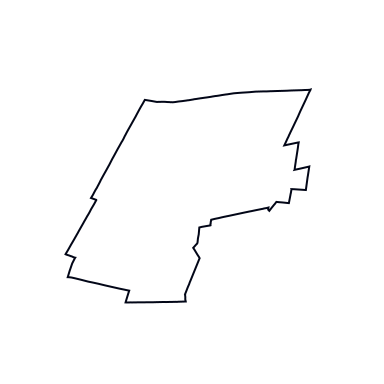 Ziduri, Buzau, Romania, rotated 162°
{"feature_id": "2599482B76478155056180", "entity_name": "Ziduri", "entity_type": "district", "adm_level": 2, "iso_a3": "ROU", "parent_name": "Romania", "parent_adm1": "Buzau", "projection": "robinson", "projection_center": [27.059, 45.276], "detail": "fine", "context": "isolated", "style": "outline", "palette": "ink", "viewbox_px": 384, "rotation_deg": 162, "n_neighbors": 0, "source": "geoboundaries", "source_scale": "gbopen_adm2", "svg_char_len": 4671}
<svg xmlns="http://www.w3.org/2000/svg" viewBox="0 0 384 384"><g transform="rotate(162 192 192)"><path d="M222.2,281.2L222.4,281.1L225.1,278.6L227.5,276.4L229.1,274.9L231.5,272.7L233.9,270.5L234.1,270.3L235.7,268.8L237.0,267.5L237.4,267.1L238.8,265.8L240.3,264.2L241.2,263.3L242.7,261.9L243.6,261.2L245.3,259.6L247.9,257.2L248.8,256.4L252.8,252.6L254.9,250.6L257.6,248.1L258.9,246.8L259.6,246.1L261.6,244.1L262.3,243.4L263.4,242.4L266.7,239.3L270.4,235.9L275.5,231.1L275.7,230.8L278.3,228.2L280.6,226.0L281.0,225.5L281.4,225.2L281.9,224.8L283.2,223.7L285.5,221.5L287.1,219.9L289.9,217.5L288.6,216.5L286.8,215.1L285.5,214.1L285.5,213.9L285.7,213.7L286.9,212.6L287.4,212.1L289.0,210.6L292.4,207.6L293.2,206.9L295.5,204.6L296.8,203.4L297.9,202.4L298.4,202.0L299.0,201.5L301.7,199.0L303.5,197.4L305.2,195.8L305.3,195.7L307.5,193.7L312.2,189.4L313.3,188.3L314.0,187.7L315.0,186.8L315.4,186.4L317.3,184.7L318.7,183.4L319.6,182.6L321.6,180.8L323.2,179.4L324.7,178.0L327.2,175.7L328.2,174.8L330.5,172.8L331.5,171.9L331.1,171.5L329.5,170.3L328.6,169.7L326.8,168.2L326.5,168.1L325.8,167.5L325.5,167.2L325.1,166.8L323.6,165.7L323.4,165.6L324.0,165.1L325.8,163.3L328.0,161.1L330.4,157.9L331.3,156.7L332.6,155.0L336.5,149.4L335.6,149.1L333.0,147.9L329.8,146.0L324.6,142.8L318.5,138.9L313.9,136.3L309.3,133.6L303.3,129.9L291.0,122.6L285.9,119.7L284.9,119.1L282.2,117.6L284.3,114.7L288.5,108.7L289.3,107.5L287.0,106.7L284.6,106.0L284.3,105.9L283.2,105.5L280.5,104.7L279.3,104.3L276.9,103.6L274.6,102.8L267.2,100.5L263.9,99.4L261.1,98.6L255.1,96.8L253.1,96.2L251.9,95.8L250.8,95.4L248.5,94.7L247.3,94.4L245.8,93.9L243.2,93.1L242.5,92.9L242.0,92.7L241.4,92.6L241.0,92.4L240.1,92.1L239.1,91.9L234.6,90.6L231.8,89.8L231.7,90.7L231.6,91.7L231.6,91.9L231.4,92.5L230.8,94.2L230.5,95.8L230.2,96.5L230.3,96.8L227.9,99.7L225.8,102.3L224.5,103.8L224.4,103.9L223.3,105.1L222.1,106.7L220.2,108.9L216.0,113.9L205.2,126.7L205.5,128.2L206.2,130.7L206.8,133.3L207.5,136.3L207.8,137.4L208.1,138.5L206.9,139.2L205.2,140.2L204.2,140.8L203.7,141.0L203.4,141.2L203.3,141.3L203.0,141.4L202.9,141.5L202.6,141.9L202.2,142.6L200.7,146.0L199.6,148.0L198.7,149.6L196.0,156.0L193.3,155.8L192.0,155.6L188.5,155.1L186.5,154.8L185.4,154.6L184.8,154.6L184.8,154.9L184.7,155.1L184.6,155.3L184.5,155.5L184.4,155.8L184.2,155.9L184.2,156.0L184.0,156.4L183.9,156.5L183.8,156.9L183.7,157.1L183.5,157.5L183.4,157.8L183.2,158.0L183.0,158.4L182.9,158.6L182.7,158.9L182.6,159.0L182.5,159.5L182.3,159.6L182.2,159.7L181.8,159.6L181.5,159.6L181.3,159.6L178.7,159.4L176.0,159.1L175.3,159.0L174.1,158.9L171.5,158.7L168.4,158.4L167.7,158.3L166.6,158.2L165.1,158.0L164.2,157.9L159.4,157.4L147.8,156.2L147.0,156.1L143.3,155.7L141.1,155.4L140.9,155.4L136.3,154.9L133.8,154.6L131.2,154.3L129.7,154.1L128.9,154.1L127.3,153.9L126.2,153.7L125.7,153.7L124.7,153.6L124.1,153.6L125.0,151.7L124.3,150.2L122.7,151.3L122.4,151.5L121.4,152.2L119.4,153.5L118.6,154.0L117.9,154.5L117.1,154.9L116.7,155.2L116.4,155.4L114.8,156.5L114.6,156.4L114.1,156.2L112.8,155.6L110.4,154.6L108.5,153.8L106.5,152.9L105.8,152.6L105.2,152.3L103.3,151.5L102.8,152.4L99.6,158.2L98.9,159.5L98.5,160.2L98.4,160.3L96.5,163.9L96.5,164.0L94.3,163.2L83.1,158.7L77.5,170.3L76.8,171.6L72.6,180.0L72.9,180.0L81.9,180.8L87.6,181.4L87.5,181.5L86.5,183.7L84.7,187.3L83.9,188.9L83.3,190.3L83.0,190.8L82.7,191.3L77.8,201.0L76.1,204.6L75.2,206.2L75.7,206.3L89.8,207.8L88.1,209.6L86.8,211.0L84.9,213.1L83.0,215.0L82.6,215.5L82.3,215.9L80.9,217.3L80.2,218.1L75.2,223.3L73.8,224.8L71.8,226.9L67.7,231.2L66.4,232.7L63.9,235.5L62.1,237.4L55.6,244.3L50.1,250.3L47.8,252.5L47.6,252.8L47.8,252.8L48.4,252.8L50.7,253.4L53.4,254.2L55.7,254.8L59.5,255.9L65.3,257.6L67.8,258.3L70.1,258.9L70.7,259.1L71.1,259.2L72.2,259.5L81.4,262.2L84.9,263.2L86.9,263.8L87.3,263.9L89.9,264.6L92.3,265.4L95.7,266.4L100.5,267.8L100.9,267.9L105.7,269.0L105.8,269.0L108.6,269.7L114.0,271.1L120.2,272.6L122.0,273.0L127.6,273.9L128.4,274.0L129.1,274.2L133.3,274.9L133.7,275.0L134.0,275.0L136.1,275.3L137.4,275.5L139.1,275.8L139.9,276.0L140.5,276.1L141.1,276.2L141.7,276.3L142.6,276.4L143.0,276.5L144.0,276.6L144.7,276.7L146.5,277.0L148.9,277.4L151.0,277.8L152.8,278.1L153.9,278.3L154.5,278.4L154.9,278.5L155.6,278.6L156.3,278.7L157.4,278.9L158.2,279.0L159.9,279.3L160.5,279.4L161.4,279.6L162.0,279.6L165.5,280.1L166.8,280.3L168.1,280.6L168.9,280.7L170.6,281.0L173.4,281.5L175.7,282.0L177.2,282.3L179.8,282.7L180.8,282.9L182.2,283.2L182.7,283.3L183.6,283.7L184.4,283.9L184.8,284.1L186.5,284.8L187.7,285.2L189.3,285.9L191.5,286.7L192.2,286.9L195.8,288.0L197.6,288.5L202.4,291.1L208.4,294.2L211.6,291.2L214.0,289.1L216.7,286.6L219.2,284.2L221.9,281.6L222.2,281.2Z" fill="none" stroke="#020617" stroke-width="2"/></g></svg>